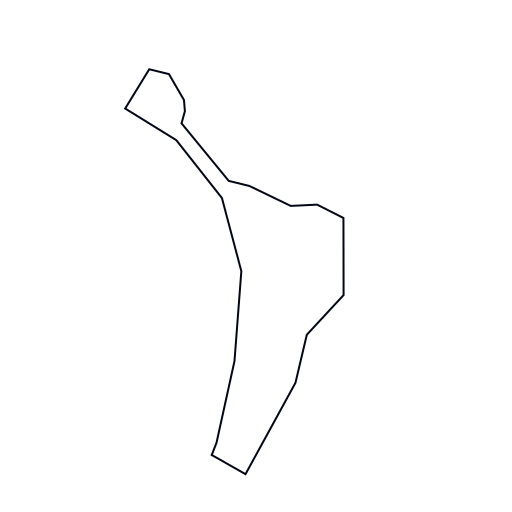 outline of Podčetrtek, rotated 165°
{"feature_id": "SVN-213", "entity_name": "Podčetrtek", "entity_type": "Municipality", "adm_level": 1, "iso_a3": "SVN", "parent_name": "Slovenia", "parent_adm1": "", "projection": "albers", "projection_center": [15.593, 46.135], "detail": "fine", "context": "isolated", "style": "outline", "palette": "ink", "viewbox_px": 512, "rotation_deg": 165, "n_neighbors": 0, "source": "natural_earth", "source_scale": "10m", "svg_char_len": 437}
<svg xmlns="http://www.w3.org/2000/svg" viewBox="0 0 512 512"><g transform="rotate(165 256 256)"><path d="M350.3,75.2L342.5,85.8L304.0,160.0L274.1,245.1L273.9,320.8L303.0,388.5L344.2,432.3L310.8,464.0L293.0,454.2L285.2,425.3L287.2,414.3L293.6,403.4L262.9,335.6L244.2,325.3L209.5,295.4L183.7,289.8L161.7,270.1L181.5,195.6L227.3,166.8L250.7,123.3L322.6,48.0L349.3,74.3L350.3,75.2Z" fill="none" stroke="#020617" stroke-width="2"/></g></svg>